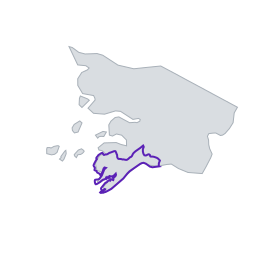 Tombali on a map of Guinea-Bissau (Equal Earth projection), rotated 28°
{"feature_id": "GNB-778", "entity_name": "Tombali", "entity_type": "Region", "adm_level": 1, "iso_a3": "GNB", "parent_name": "Guinea-Bissau", "parent_adm1": "", "projection": "equal_earth", "projection_center": [-15.06, 11.313], "detail": "fine", "context": "in_parent", "style": "outline", "palette": "violet", "viewbox_px": 256, "rotation_deg": 28, "n_neighbors": 0, "source": "natural_earth", "source_scale": "10m", "svg_char_len": 4332}
<svg xmlns="http://www.w3.org/2000/svg" viewBox="0 0 256 256"><g transform="rotate(28 128 128)"><path d="M37.7,83.8L41.0,83.1L49.0,84.3L55.3,82.8L59.7,80.3L65.7,76.8L71.5,75.6L89.6,77.2L105.3,73.0L117.0,65.1L127.8,57.9L141.8,57.9L156.8,58.0L178.1,58.1L195.0,58.2L214.9,58.3L214.7,64.8L218.3,74.0L217.8,80.8L216.3,87.2L214.9,89.8L213.2,91.2L207.9,91.2L205.6,92.5L202.0,95.0L202.0,98.0L204.8,100.8L207.1,104.8L209.8,107.9L214.5,111.5L215.0,115.4L215.1,125.5L214.9,133.4L201.8,139.1L191.7,140.1L183.2,139.5L179.5,141.9L172.1,147.8L163.0,151.3L158.3,151.6L156.1,153.7L152.6,159.8L142.8,186.6L139.5,193.0L136.9,197.1L133.9,191.5L136.2,181.0L133.7,181.1L128.7,189.6L126.2,189.9L126.6,179.8L123.8,179.4L120.6,180.2L116.1,174.9L115.6,171.0L116.0,165.5L118.7,162.0L118.4,160.6L115.7,160.2L112.7,161.1L110.9,159.5L113.9,152.4L124.4,146.4L129.7,145.8L135.1,144.4L132.2,139.3L125.8,137.3L120.6,138.7L118.1,142.4L114.9,143.0L109.6,134.3L109.7,130.0L111.7,124.8L114.7,122.5L126.9,122.6L131.5,119.7L133.4,119.1L135.2,116.5L134.8,114.7L132.8,114.6L128.3,118.1L113.6,116.8L108.9,118.8L100.8,126.8L90.7,131.2L83.4,129.3L85.8,118.7L84.7,117.2L82.4,115.5L71.8,118.9L63.7,114.0L60.5,108.1L61.1,100.7L64.9,95.7L65.5,93.3L61.5,92.8L54.0,95.9L37.7,83.8ZM73.1,187.6L68.3,188.8L66.1,184.8L65.8,183.2L68.3,181.9L69.4,181.9L71.3,179.0L73.7,177.0L74.7,176.4L75.9,176.5L76.8,182.9L75.6,185.6L73.1,187.6ZM85.8,155.0L83.0,157.5L80.1,156.3L78.6,154.1L78.8,150.1L82.1,144.4L85.0,145.1L85.8,155.0ZM80.8,121.7L77.7,131.5L73.9,130.4L71.2,124.6L70.9,122.1L78.7,121.3L80.8,121.7ZM96.3,175.1L96.3,178.4L93.8,177.7L93.0,176.7L94.5,170.8L96.7,168.2L99.5,168.6L100.3,169.4L99.7,171.7L98.6,173.6L96.3,175.1ZM106.5,149.3L106.0,151.2L102.6,149.6L107.5,142.8L110.8,141.7L110.6,146.9L108.1,148.0L106.5,149.3ZM86.1,185.7L85.6,188.0L82.1,187.6L82.8,185.4L82.1,184.7L83.1,177.9L83.6,176.9L85.3,179.4L85.6,180.5L86.1,185.7Z" fill="#d9dde1" stroke="#a8b0b8" stroke-width="1"/><path d="M173.3,147.4L168.0,151.2L165.5,151.8L160.6,151.1L158.1,151.4L156.7,152.5L155.6,154.0L149.7,165.5L148.8,168.5L147.6,174.8L141.9,189.5L139.9,192.6L138.2,195.0L135.9,197.1L134.4,198.1L133.7,198.0L133.9,197.0L134.3,196.4L134.8,196.1L135.3,195.5L136.2,193.7L136.6,193.3L136.6,192.8L136.1,192.8L135.9,193.5L135.6,194.2L135.2,194.7L134.5,195.0L133.8,195.0L133.2,194.8L132.7,194.3L132.5,193.6L133.6,187.7L133.9,186.7L134.5,186.3L134.9,185.3L135.2,184.1L135.6,183.2L135.9,182.9L136.6,183.0L137.0,182.9L137.0,182.6L136.9,181.5L137.0,181.2L139.4,180.9L139.3,180.3L139.0,179.7L138.6,179.3L138.2,179.0L139.0,177.9L139.5,176.4L139.4,175.0L138.6,174.1L138.0,176.2L137.2,177.7L136.0,178.6L134.5,179.0L134.9,180.3L134.6,181.1L134.0,181.3L133.3,180.7L133.2,181.1L133.0,181.4L132.9,181.8L132.9,182.3L132.7,182.1L132.0,181.8L132.0,183.3L131.7,184.0L131.1,184.5L130.2,185.4L129.6,186.5L128.7,188.8L127.1,191.6L126.5,192.4L125.8,192.8L125.0,192.3L124.1,191.3L123.4,190.1L123.3,189.2L124.0,188.6L125.8,187.4L126.4,186.7L126.7,185.8L127.2,182.3L126.5,175.6L127.2,173.6L125.8,173.9L125.5,175.1L125.7,176.6L126.0,178.0L126.1,179.2L126.0,181.1L125.6,182.5L124.0,181.7L121.9,181.8L121.3,181.5L120.8,181.2L120.5,180.8L120.3,180.7L118.9,180.9L118.1,180.8L117.8,179.9L117.6,179.0L117.2,178.4L116.6,178.1L116.0,178.0L115.1,177.1L114.9,175.2L114.9,171.4L115.1,170.5L115.1,170.0L114.7,169.7L114.4,169.7L114.2,169.6L114.1,169.4L114.1,168.9L114.2,168.0L114.5,167.0L114.5,166.1L114.8,165.4L116.3,162.7L117.0,162.0L117.4,162.1L118.6,162.9L119.2,163.1L119.8,162.8L120.7,161.7L121.3,161.5L121.9,161.0L122.6,159.9L123.2,158.7L123.8,158.2L126.7,154.9L127.8,154.4L128.1,154.6L129.1,155.3L130.1,156.3L130.6,156.5L130.8,156.7L131.0,156.9L132.0,158.5L132.2,158.8L132.6,159.1L133.3,159.6L133.7,159.7L134.2,159.7L136.3,158.7L137.7,158.4L138.1,158.3L138.6,157.9L138.9,157.8L141.2,157.1L141.7,156.8L142.1,156.4L142.8,155.1L143.4,153.2L143.8,152.6L144.1,152.3L144.2,152.0L144.4,151.7L144.5,151.3L144.6,150.8L144.6,150.3L144.5,148.8L144.6,147.8L144.7,147.4L145.5,145.1L148.2,139.8L149.6,136.4L150.6,137.1L150.9,137.8L150.9,138.7L151.2,140.0L152.2,141.8L153.7,143.5L155.3,144.4L156.7,143.9L158.3,141.7L158.9,141.4L159.9,141.5L160.1,141.7L160.8,142.4L161.2,142.6L161.7,142.5L163.4,141.6L164.7,141.2L167.4,140.8L168.8,140.9L171.4,141.7L171.6,142.9L171.6,143.5L171.9,144.9L173.2,147.4L173.3,147.4Z" fill="none" stroke="#5b21b6" stroke-width="2"/></g></svg>